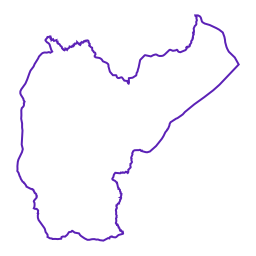 Si Mueang Mai, Ubon Ratchathani, Thailand (Natural Earth projection)
{"feature_id": "78962969B56370266169267", "entity_name": "Si Mueang Mai", "entity_type": "district", "adm_level": 2, "iso_a3": "THA", "parent_name": "Thailand", "parent_adm1": "Ubon Ratchathani", "projection": "natural_earth1", "projection_center": [105.345, 15.559], "detail": "fine", "context": "isolated", "style": "outline", "palette": "violet", "viewbox_px": 256, "rotation_deg": 0, "n_neighbors": 0, "source": "geoboundaries", "source_scale": "gbopen_adm2", "svg_char_len": 5611}
<svg xmlns="http://www.w3.org/2000/svg" viewBox="0 0 256 256"><path d="M238.7,64.5L234.8,57.5L228.8,51.7L227.3,48.9L226.5,47.0L225.2,42.2L225.0,39.9L224.4,36.9L222.8,32.5L219.2,29.7L216.3,28.1L209.7,25.0L204.6,23.5L202.5,22.2L201.9,21.4L200.9,17.9L200.4,17.0L199.8,16.3L198.0,15.4L195.3,15.4L195.5,16.1L196.6,17.1L196.4,18.3L196.9,20.2L196.2,22.0L196.4,24.0L195.9,25.0L194.8,26.0L193.7,28.5L194.0,31.2L193.8,32.1L193.4,32.3L193.8,32.9L193.5,33.3L193.6,33.9L193.2,33.8L193.4,34.8L192.9,36.3L193.0,37.9L192.5,38.2L192.6,39.2L192.2,40.0L191.8,40.2L191.2,41.3L191.3,42.6L190.5,43.9L189.7,44.7L189.7,45.2L189.9,45.7L189.4,46.5L188.1,46.7L187.8,47.2L187.3,46.7L186.7,46.9L186.2,47.6L186.5,48.3L186.4,49.0L185.5,50.1L180.4,52.2L179.1,52.0L178.1,51.4L177.4,50.1L176.9,49.8L175.5,50.4L172.9,50.8L170.3,49.8L169.5,49.9L164.8,54.4L163.3,55.5L162.0,55.9L159.6,56.0L158.2,55.6L156.5,54.6L155.4,54.5L153.4,55.1L150.9,56.4L145.3,55.2L144.7,55.3L140.5,59.6L140.1,60.2L138.6,67.6L138.0,69.3L137.5,71.6L136.7,72.8L136.2,75.4L132.6,77.7L128.9,78.2L128.8,79.5L129.0,82.7L128.6,83.6L128.1,83.3L127.2,81.0L124.3,80.6L122.1,77.6L121.2,77.3L118.9,78.1L117.7,77.9L116.9,77.1L116.3,75.4L116.0,75.2L112.9,75.2L109.9,71.7L108.4,66.2L108.5,65.4L108.2,64.2L106.7,62.9L102.9,61.3L101.7,59.4L100.4,58.4L99.1,57.9L95.9,57.4L94.7,56.6L94.7,55.7L95.5,54.4L95.3,53.1L94.9,52.6L93.9,52.3L93.5,51.3L92.4,50.4L92.2,49.2L92.1,47.7L91.3,47.4L89.4,45.8L89.8,45.4L89.7,45.0L89.4,44.8L89.7,43.9L88.4,42.2L88.6,41.7L88.4,40.9L87.7,40.4L86.6,40.5L85.9,41.3L85.2,40.7L84.5,41.2L84.0,41.2L83.8,42.0L83.1,42.6L82.1,42.1L81.9,42.6L81.3,42.4L80.5,43.2L80.7,44.2L80.2,45.0L79.2,44.4L78.9,43.8L78.7,43.9L78.2,43.3L77.7,43.2L77.7,42.7L77.2,42.2L77.2,42.8L76.9,42.7L76.5,43.4L75.8,43.8L75.0,43.5L74.6,44.1L73.8,44.4L74.0,45.2L73.6,45.2L73.6,45.6L73.1,45.7L73.1,46.4L72.4,46.6L72.0,46.2L71.3,47.0L69.6,46.5L69.3,47.7L67.9,48.6L67.1,49.9L66.3,49.0L66.1,49.1L66.3,49.5L66.1,49.5L65.8,48.8L65.5,48.9L65.3,48.7L65.2,49.1L65.4,49.4L64.6,49.7L64.7,50.0L64.5,50.3L64.2,50.2L64.1,49.8L63.6,49.8L63.5,49.4L63.0,49.0L62.7,49.0L62.5,48.5L62.1,48.3L61.8,47.7L61.9,47.2L61.5,46.5L60.5,45.9L59.6,44.3L59.0,43.9L58.4,43.9L57.6,43.2L57.8,42.7L57.4,42.2L57.5,41.7L57.0,41.7L56.9,41.2L56.1,40.5L56.2,40.2L54.0,40.9L53.7,40.2L53.1,40.0L53.0,39.4L51.6,40.2L51.6,39.7L51.2,39.7L50.9,39.3L51.2,38.7L50.6,38.3L51.0,37.9L50.9,37.6L50.6,37.6L50.5,36.7L50.1,36.8L49.9,36.5L49.6,36.8L48.5,36.9L48.2,37.2L47.5,37.0L46.8,38.4L45.6,39.6L45.5,40.5L47.0,42.3L48.5,43.2L49.5,44.3L51.2,49.7L52.2,51.6L50.4,52.7L48.9,52.1L46.9,52.6L44.3,52.5L42.7,53.0L41.8,53.6L39.0,56.5L38.1,58.5L34.6,64.1L33.6,66.5L30.5,70.6L29.4,73.3L27.2,79.5L25.4,83.6L21.3,89.3L20.4,91.2L20.3,93.2L20.8,94.7L23.3,98.7L23.6,100.2L24.5,101.5L24.2,101.8L24.3,102.7L23.8,103.2L24.0,104.6L23.8,105.7L23.2,106.7L21.8,108.1L21.3,110.1L21.4,115.4L21.2,118.8L22.1,123.4L22.1,127.5L22.5,130.5L21.7,144.6L22.8,149.1L22.0,152.1L18.4,159.6L17.8,161.9L17.4,166.2L17.5,169.4L17.3,171.0L18.5,172.7L19.6,176.0L20.2,177.0L20.8,178.8L22.6,181.7L23.8,182.4L23.9,183.0L24.5,183.3L26.2,185.7L26.4,186.6L30.7,188.8L32.4,189.1L32.6,189.7L33.1,189.7L33.7,190.3L33.9,191.5L34.7,192.4L34.7,192.9L35.3,193.4L35.5,193.4L36.2,194.1L36.5,196.3L36.8,196.3L36.6,197.6L34.0,200.7L33.8,201.5L34.5,202.9L34.6,204.9L34.4,206.8L33.8,208.3L35.1,208.9L36.7,208.9L38.1,210.4L38.0,212.5L37.7,213.3L38.2,213.6L37.8,215.4L37.9,217.8L38.6,220.0L44.2,227.8L44.9,229.1L45.6,232.0L47.5,234.6L47.7,236.5L47.5,236.9L49.9,238.3L51.9,238.5L52.4,239.0L55.2,238.9L57.8,239.1L61.2,238.7L61.6,237.0L62.9,236.5L65.1,236.6L67.3,234.7L68.9,232.2L71.4,231.7L72.0,230.9L72.5,230.9L74.7,232.6L79.0,233.4L80.1,235.1L81.2,236.1L84.6,238.4L87.4,239.8L89.3,239.8L92.0,239.2L94.2,239.1L96.4,239.6L98.0,239.5L100.0,240.2L103.4,240.6L108.1,238.1L109.4,238.4L109.7,237.4L110.5,236.7L111.4,236.8L111.9,236.4L113.0,237.1L115.3,237.4L116.3,237.0L118.5,235.0L122.9,233.8L123.1,233.4L122.8,231.8L122.4,231.9L122.2,231.5L121.8,231.6L121.1,230.7L120.6,230.8L120.6,230.3L120.3,230.4L119.9,230.1L119.5,228.3L118.7,227.7L118.8,227.1L118.3,226.6L118.1,225.7L117.6,225.2L117.7,224.8L117.5,224.5L117.0,224.7L117.0,224.3L116.1,223.7L115.8,223.0L116.2,222.0L116.3,220.3L116.0,218.5L116.6,217.4L116.4,217.1L116.7,215.7L116.1,214.4L116.2,212.1L115.9,210.3L116.1,209.1L116.6,208.8L116.8,208.0L116.8,207.4L116.4,206.5L116.6,206.1L116.4,205.3L117.2,204.9L117.8,203.7L119.0,203.5L118.9,203.0L120.1,200.7L120.1,199.6L120.7,199.1L121.1,198.1L121.1,197.5L120.7,197.4L120.9,197.3L120.9,196.2L121.3,195.3L121.3,194.6L121.5,194.0L120.7,193.6L120.7,193.0L120.5,192.8L120.7,192.2L120.0,191.2L119.9,189.8L119.2,189.1L118.7,189.0L118.7,188.6L118.4,188.6L118.4,187.7L118.0,187.3L117.2,183.6L116.9,183.4L117.0,182.5L116.4,182.2L115.1,180.9L112.7,179.7L112.4,179.2L112.3,178.8L112.7,178.0L113.3,177.2L113.8,175.0L114.3,174.0L115.3,172.8L120.1,173.3L120.5,173.2L120.9,172.6L121.3,172.8L122.6,172.4L123.0,172.8L123.7,172.5L124.3,172.8L125.5,172.2L125.7,171.8L126.6,171.9L126.8,172.3L127.7,173.0L128.2,172.4L128.4,170.3L128.3,169.8L130.4,167.7L130.7,167.1L130.3,165.6L130.5,164.4L130.4,164.0L131.0,163.6L132.0,162.0L131.4,160.3L131.6,158.8L131.3,158.7L131.2,157.6L132.5,154.3L132.2,153.2L132.7,152.5L133.0,151.4L134.2,150.4L134.9,150.2L139.0,150.1L139.9,149.8L140.4,150.0L141.1,150.7L141.6,150.7L141.5,151.0L145.5,152.1L147.1,152.3L149.9,151.5L156.1,146.0L161.9,138.7L163.6,135.9L165.3,132.3L167.2,130.0L167.2,129.5L167.7,129.2L168.2,128.4L169.4,125.5L169.7,123.8L170.6,122.2L176.0,118.7L177.5,118.1L182.8,114.4L184.9,112.0L194.3,104.3L204.2,97.2L213.2,90.3L219.5,84.7L238.7,64.5Z" fill="none" stroke="#5b21b6" stroke-width="2"/></svg>